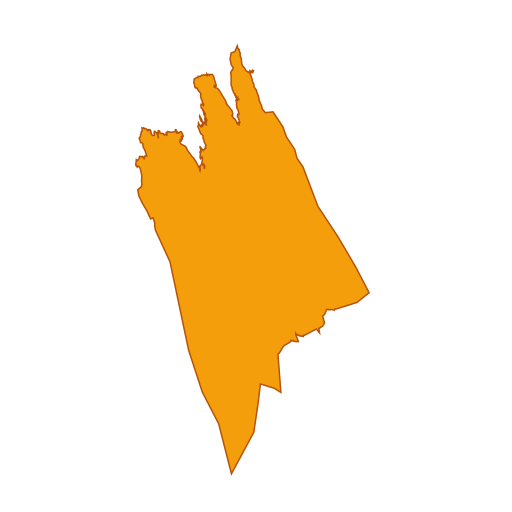 Steinkjer nor, Nord-Trøndelag, Norway (Natural Earth projection), rotated 80°
{"feature_id": "86288312B13820537707867", "entity_name": "Steinkjer nor", "entity_type": "district", "adm_level": 2, "iso_a3": "NOR", "parent_name": "Norway", "parent_adm1": "Nord-Trøndelag", "projection": "natural_earth1", "projection_center": [11.508, 64.096], "detail": "fine", "context": "isolated", "style": "filled", "palette": "amber", "viewbox_px": 512, "rotation_deg": 80, "n_neighbors": 0, "source": "geoboundaries", "source_scale": "gbopen_adm2", "svg_char_len": 6023}
<svg xmlns="http://www.w3.org/2000/svg" viewBox="0 0 512 512"><g transform="rotate(80 256 256)"><path d="M466.2,318.0L429.1,288.7L401.3,279.5L382.8,273.9L389.4,261.1L394.6,255.2L356.2,251.4L355.7,249.9L350.1,245.1L348.8,243.1L347.2,238.6L346.0,236.3L345.2,236.1L346.0,234.7L345.6,233.7L346.4,233.5L346.9,232.6L347.5,230.6L347.2,229.6L347.6,229.3L347.3,229.1L340.6,230.5L339.2,230.2L340.5,229.7L341.0,229.0L340.7,228.8L341.6,227.8L341.5,227.5L342.2,227.2L342.4,226.7L342.2,226.4L343.1,224.6L343.0,224.3L343.4,223.4L342.3,223.1L342.6,222.4L338.4,209.2L342.7,206.8L338.1,206.7L338.2,205.9L337.4,205.0L337.6,204.7L337.2,204.4L336.8,202.7L333.8,200.1L326.6,200.8L325.9,199.3L324.8,198.1L320.9,195.7L321.1,194.7L321.6,194.1L321.4,193.6L321.9,192.3L321.7,191.9L322.3,189.5L322.9,188.1L321.8,187.3L322.1,186.4L319.2,164.5L311.8,151.0L284.2,159.7L251.4,171.9L217.9,186.4L176.3,194.3L167.0,198.6L157.7,199.4L144.1,205.3L133.5,207.1L117.0,214.2L116.4,221.9L112.4,224.3L108.5,224.5L103.7,225.8L98.8,225.8L95.5,226.7L93.0,226.7L89.3,228.5L85.7,228.4L84.6,229.0L78.9,229.4L75.4,230.2L74.5,229.1L74.5,228.1L75.0,227.4L72.9,226.2L72.4,227.2L73.1,228.0L73.7,227.9L73.6,228.3L74.1,229.1L72.4,229.8L72.9,230.2L72.6,230.2L74.0,230.6L73.6,231.0L73.9,231.8L72.8,232.3L72.0,233.6L68.9,234.7L66.5,236.2L64.5,236.6L59.1,236.3L55.2,236.8L53.5,236.3L50.9,237.0L49.7,236.7L49.3,237.2L48.0,237.8L45.8,238.0L51.0,241.2L51.8,245.3L57.8,247.4L63.8,247.1L66.4,245.8L68.8,246.7L68.7,247.3L70.8,249.1L73.5,249.1L82.8,250.7L84.2,250.7L86.3,250.2L87.1,250.5L92.1,249.4L93.1,248.8L93.0,248.5L94.3,248.8L94.7,247.9L95.5,247.6L95.9,248.3L96.5,248.2L97.3,247.7L96.9,247.3L97.6,246.9L97.6,246.3L98.6,246.0L99.1,245.2L98.9,246.3L97.7,246.4L99.5,247.3L98.6,248.1L98.7,248.5L99.6,248.7L102.1,248.5L103.0,248.9L106.4,249.0L107.5,249.4L107.1,249.1L108.8,248.4L113.1,248.0L113.9,248.5L114.1,249.5L113.8,249.6L114.9,250.1L119.0,249.0L121.5,249.0L121.6,248.7L122.8,249.8L124.8,249.7L123.3,250.0L121.1,249.7L121.5,250.5L122.7,250.9L122.9,251.4L122.0,251.9L120.4,251.9L117.8,252.8L116.5,253.9L117.2,254.0L114.0,255.2L114.1,254.9L113.7,254.6L112.9,254.7L112.0,254.2L109.2,254.3L104.8,256.5L102.1,258.2L101.9,258.6L101.4,258.2L100.3,258.9L99.4,258.7L97.7,259.1L86.3,263.5L84.1,264.9L83.4,266.5L82.2,267.9L80.9,267.5L81.9,265.9L81.3,265.5L71.4,266.7L69.7,267.4L69.2,269.9L69.9,270.4L69.0,270.9L68.9,271.4L69.7,272.3L69.6,272.8L68.5,272.7L68.3,272.8L69.6,272.9L69.4,273.1L69.5,273.4L68.9,273.6L69.1,275.1L68.4,275.8L68.8,277.0L68.4,277.9L69.2,278.6L69.2,279.5L69.5,279.8L69.0,281.8L70.3,282.3L69.9,283.4L71.0,286.1L74.6,287.2L76.3,286.8L78.6,286.9L79.7,286.6L80.6,285.4L80.2,285.3L81.0,284.7L83.4,284.0L85.4,282.6L86.7,282.2L89.2,282.9L92.7,282.5L93.6,281.9L94.9,282.2L97.8,281.1L98.6,281.5L97.1,282.7L96.9,283.6L97.6,284.0L99.9,284.3L100.8,284.1L101.7,283.2L102.1,283.3L102.6,282.8L103.4,282.9L102.8,283.3L103.6,283.0L104.4,283.2L103.8,282.9L104.0,282.5L105.4,282.7L105.6,282.4L104.4,282.4L106.8,281.3L107.9,281.5L107.6,282.0L106.6,282.6L107.1,282.8L112.9,280.9L114.0,280.9L114.4,281.2L113.5,281.7L114.6,281.4L114.9,281.8L112.4,282.6L112.8,282.7L112.4,283.0L115.2,281.9L115.2,282.2L115.6,281.9L116.1,282.1L115.2,282.4L116.8,282.2L117.1,282.5L118.0,282.2L117.5,283.0L115.1,284.1L115.4,284.5L116.5,284.5L116.8,285.1L111.3,286.0L108.3,287.1L109.5,287.5L110.6,287.0L111.9,287.2L113.9,286.5L114.7,285.7L117.9,285.3L118.0,285.5L116.9,286.0L117.5,286.5L118.6,286.3L118.0,287.1L119.2,287.1L119.4,287.5L118.8,288.2L117.0,289.0L115.0,289.5L116.0,289.9L117.0,289.6L117.8,290.6L118.2,290.8L126.0,289.2L128.1,287.3L131.2,287.7L132.9,287.2L134.4,287.3L138.3,286.0L140.0,287.0L142.0,286.7L140.4,287.0L141.9,288.1L142.1,288.7L143.0,289.6L138.2,292.4L142.1,291.9L142.5,292.2L142.4,291.8L143.4,291.8L144.0,292.2L144.4,293.2L145.7,293.0L149.1,294.0L150.5,293.6L149.0,292.3L149.0,292.0L150.2,291.6L151.9,292.3L152.8,292.3L154.9,293.3L157.1,291.2L157.7,291.0L158.7,290.9L159.2,291.3L160.5,291.3L161.0,291.4L159.9,291.5L161.3,291.6L157.7,291.6L156.0,293.4L157.6,295.4L157.1,295.6L158.4,295.6L159.2,296.0L160.8,295.7L162.4,296.4L161.5,296.6L161.5,296.1L160.6,296.0L159.5,296.7L153.0,298.6L148.8,300.4L147.3,301.6L139.6,305.3L137.0,305.8L135.5,306.8L132.8,310.3L131.5,311.1L129.9,311.2L129.4,310.7L129.7,310.2L128.1,310.5L127.9,309.8L128.6,309.2L126.6,308.9L127.5,308.3L126.7,308.6L127.1,308.3L125.9,308.3L126.5,307.8L125.2,307.3L126.1,307.0L124.3,306.9L120.6,308.0L120.4,309.1L121.3,310.1L121.2,310.5L121.6,311.4L121.2,311.7L120.8,311.5L120.6,311.6L121.2,311.8L120.9,312.2L121.2,312.6L120.9,313.0L120.2,312.6L117.7,313.3L117.7,312.6L117.3,312.5L117.6,312.6L117.6,313.4L118.5,313.6L119.4,314.4L119.6,315.0L119.5,315.5L119.4,316.3L119.5,318.1L118.4,320.4L118.8,322.0L118.6,322.0L119.0,322.4L118.8,322.9L119.3,323.1L120.8,322.4L121.6,323.0L120.5,324.0L120.4,324.8L120.9,325.3L120.7,325.6L119.5,326.0L119.4,326.6L118.8,327.1L118.9,328.3L118.2,329.1L116.1,329.3L115.6,330.3L115.9,330.7L118.1,330.8L118.4,331.1L117.8,331.6L118.1,331.7L119.3,331.4L120.2,331.4L121.0,331.8L121.7,331.5L123.3,331.6L121.0,331.9L119.2,331.6L118.6,332.2L117.4,332.6L115.5,334.0L115.6,334.4L116.5,334.9L119.5,335.2L119.5,336.6L118.1,337.9L116.4,337.9L116.5,338.0L116.0,338.3L114.1,338.0L114.1,338.3L113.4,338.4L112.9,339.2L113.1,339.5L112.9,340.0L113.8,340.1L113.9,340.7L111.3,342.4L111.2,343.9L110.2,344.3L110.5,345.4L110.1,346.1L112.9,346.3L113.7,347.2L113.1,347.6L113.9,347.3L113.3,347.7L114.0,347.4L115.8,348.1L116.1,348.6L117.8,348.8L119.9,350.7L122.2,350.1L124.4,350.0L124.5,349.0L125.4,348.0L129.0,348.2L133.5,346.9L138.4,346.3L138.0,347.7L140.6,349.3L139.1,349.7L138.3,350.3L138.7,350.7L138.2,351.1L138.2,352.2L137.8,352.7L137.7,353.4L140.0,354.3L141.4,356.2L140.3,357.1L145.7,358.7L147.8,357.6L146.8,356.8L147.6,356.2L147.8,355.6L149.9,354.8L156.8,354.5L163.6,355.9L165.3,355.9L167.9,356.9L170.2,361.0L176.8,360.9L184.6,358.6L192.3,355.7L201.2,353.4L200.7,350.6L206.6,350.0L208.5,350.6L213.2,350.5L246.8,341.7L337.1,338.7L380.7,332.5L414.7,321.9L466.2,318.0Z" fill="#f59e0b" stroke="#b45309" stroke-width="1.5"/></g></svg>